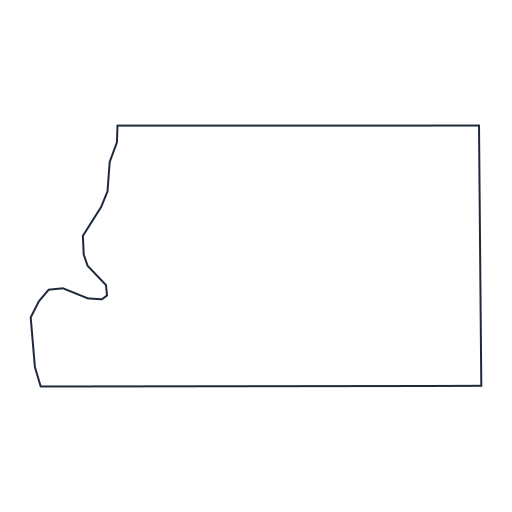 outline of Potter, South Dakota, United States of America
{"feature_id": "52423323B36213631137134", "entity_name": "Potter", "entity_type": "district", "adm_level": 2, "iso_a3": "USA", "parent_name": "United States of America", "parent_adm1": "South Dakota", "projection": "orthographic", "projection_center": [-100.174, 45.072], "detail": "fine", "context": "isolated", "style": "outline", "palette": "slate", "viewbox_px": 512, "rotation_deg": 0, "n_neighbors": 0, "source": "geoboundaries", "source_scale": "gbopen_adm2", "svg_char_len": 393}
<svg xmlns="http://www.w3.org/2000/svg" viewBox="0 0 512 512"><path d="M481.3,385.8L479.0,125.5L407.6,125.6L117.5,125.6L116.9,142.4L109.7,161.9L107.5,191.3L101.3,206.7L82.9,235.8L83.7,254.6L87.6,265.8L106.0,285.1L107.0,295.5L101.8,299.3L87.9,298.4L62.9,288.3L48.7,289.7L39.0,301.1L30.7,317.4L34.9,367.1L40.7,386.5L427.5,386.0L481.3,385.8Z" fill="none" stroke="#1e293b" stroke-width="2"/></svg>